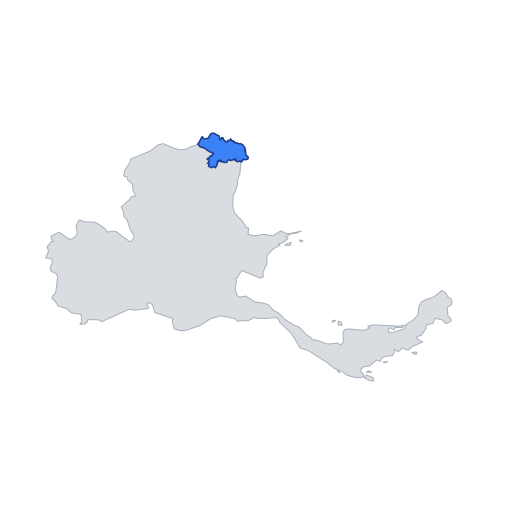 Thailand, with Ubon Ratchathani highlighted, rotated 284°
{"feature_id": "THA-426", "entity_name": "Ubon Ratchathani", "entity_type": "Province", "adm_level": 1, "iso_a3": "THA", "parent_name": "Thailand", "parent_adm1": "", "projection": "orthographic", "projection_center": [104.943, 15.155], "detail": "fine", "context": "in_parent", "style": "filled", "palette": "blue", "viewbox_px": 512, "rotation_deg": 284, "n_neighbors": 0, "source": "natural_earth", "source_scale": "10m", "svg_char_len": 7660}
<svg xmlns="http://www.w3.org/2000/svg" viewBox="0 0 512 512"><g transform="rotate(284 256 256)"><path d="M220.5,54.1L220.9,56.1L223.0,53.5L225.6,52.3L230.7,58.1L231.2,60.6L227.2,69.8L227.7,72.9L230.1,75.4L233.0,77.0L236.1,76.6L242.0,74.1L248.3,75.9L247.8,82.0L249.9,91.8L246.6,101.7L243.3,106.5L245.6,110.8L245.7,114.9L239.2,130.2L240.4,131.5L244.3,133.2L246.0,132.7L252.6,126.7L259.9,122.1L262.3,118.1L266.9,116.9L271.0,113.3L280.3,119.7L282.8,120.3L284.0,121.4L284.4,124.0L285.6,124.4L289.5,120.9L296.0,118.7L298.6,113.3L301.6,111.8L301.4,109.1L302.3,108.2L307.6,107.9L315.6,110.8L318.4,111.4L319.7,110.8L332.3,128.0L340.6,134.6L342.6,139.1L340.6,150.6L340.8,157.2L342.7,162.3L346.1,165.8L348.7,170.8L358.3,175.6L357.5,176.8L358.1,179.9L364.1,183.5L364.6,184.7L364.0,189.4L361.2,193.0L360.6,195.9L360.6,199.4L362.2,204.9L360.3,216.0L356.7,219.2L352.0,221.4L349.5,224.5L347.6,223.7L346.7,220.6L341.5,218.9L331.6,220.5L326.7,219.8L320.1,220.8L313.6,220.3L309.8,219.0L299.0,221.4L294.5,223.5L291.2,226.7L286.2,234.9L281.2,239.9L281.3,241.9L275.1,243.1L275.3,250.1L278.8,257.8L279.7,267.4L286.6,274.2L285.2,278.9L286.0,283.5L291.3,294.2L287.5,289.1L286.7,285.7L282.2,280.3L280.7,282.9L275.4,278.9L273.1,274.9L272.3,276.7L267.1,271.0L261.7,267.9L258.7,266.5L251.2,268.4L241.6,266.7L237.9,268.1L236.4,267.2L235.5,265.5L238.5,245.6L230.2,243.0L228.8,241.6L227.0,243.1L218.9,243.7L213.0,247.3L212.2,250.3L214.7,255.8L211.2,265.6L212.1,275.0L211.6,280.1L207.3,286.5L206.2,291.6L201.4,299.5L198.2,309.4L197.3,315.3L191.7,324.0L190.3,329.0L188.3,330.8L189.0,334.8L187.9,347.0L191.2,355.9L190.2,360.0L194.0,361.6L203.0,359.0L206.1,359.8L207.9,364.7L210.0,379.2L213.8,383.7L214.8,381.5L216.5,383.9L217.9,388.2L222.4,411.1L224.8,417.1L221.9,415.5L220.4,408.3L217.8,408.0L218.7,403.5L217.1,401.8L214.4,403.0L214.4,406.6L221.5,418.1L226.0,418.5L231.6,423.6L237.8,427.4L245.6,426.2L251.0,427.5L254.2,430.6L259.2,438.3L267.5,444.8L266.2,448.8L262.9,452.0L261.1,456.2L258.9,457.4L255.8,457.4L252.4,453.8L244.1,456.9L242.3,460.2L240.2,461.0L236.5,457.3L236.8,455.2L239.2,452.2L238.6,444.4L233.7,444.2L230.4,438.3L229.3,437.7L227.0,438.5L219.2,435.6L216.9,431.9L214.6,432.1L212.9,438.4L206.1,429.8L201.4,426.2L202.1,419.9L198.9,418.5L197.6,416.7L198.8,412.9L194.4,413.4L192.3,412.3L189.8,405.5L187.6,402.7L184.7,402.6L183.8,401.3L184.1,397.9L177.0,393.0L174.7,387.5L171.4,385.0L169.2,385.6L167.0,389.4L165.3,389.1L163.8,388.0L162.1,382.5L162.3,373.0L164.7,367.5L166.1,358.7L169.6,351.3L176.9,329.6L177.4,321.1L189.4,309.1L197.4,295.2L200.0,293.2L201.2,290.6L197.3,279.2L195.6,271.3L196.0,269.2L191.1,263.8L190.0,257.6L188.7,255.6L188.3,253.6L190.2,250.0L189.5,236.6L184.3,227.2L174.8,218.3L166.5,205.4L165.4,200.9L165.3,194.5L172.4,190.5L175.2,190.3L176.7,171.4L182.8,167.9L184.1,166.4L184.8,163.2L183.5,161.4L179.5,164.4L178.8,163.6L174.3,152.3L173.5,145.6L155.0,122.2L156.0,118.3L153.6,108.4L150.8,108.2L148.9,106.3L147.1,101.9L150.8,102.6L156.9,100.3L156.2,90.7L159.0,85.3L159.7,76.2L164.5,70.9L165.2,68.3L167.7,68.0L171.0,70.1L174.4,70.3L188.7,68.4L190.6,66.0L191.6,61.0L193.1,59.4L196.3,59.1L199.9,60.2L203.8,58.3L203.3,52.4L210.1,53.6L214.6,51.0L220.5,54.1ZM167.3,392.0L166.2,399.0L163.4,400.4L162.5,396.2L164.3,389.7L165.0,391.2L167.3,392.0ZM212.6,351.7L212.1,355.1L209.6,356.2L209.0,352.3L212.6,351.7ZM274.7,282.0L277.7,286.9L274.2,286.4L273.6,281.7L274.7,282.0ZM200.4,435.9L198.9,433.8L200.2,430.6L201.5,434.6L200.4,435.9ZM171.9,392.9L171.2,396.7L169.9,391.4L171.9,392.9ZM212.8,348.6L211.4,348.2L210.3,345.9L212.0,346.0L212.8,348.6ZM183.8,404.8L185.4,409.4L183.6,407.2L183.8,404.8ZM282.4,294.9L281.9,297.8L280.4,296.6L281.4,294.5L282.4,294.9ZM164.4,364.4L162.7,365.5L164.2,362.8L164.4,364.4Z" fill="#d9dde1" stroke="#a8b0b8" stroke-width="1"/><path d="M348.8,224.8L348.2,224.6L347.7,224.0L346.8,222.4L346.8,222.2L346.9,220.9L346.9,220.5L346.8,220.2L346.3,220.1L345.2,219.9L345.3,219.6L344.7,218.7L344.4,218.5L344.2,218.5L343.9,218.5L343.6,218.5L343.6,218.4L343.6,218.2L343.9,217.9L344.0,217.6L344.0,217.4L344.0,217.2L343.9,216.8L343.9,216.5L343.8,216.4L343.7,216.3L343.7,216.2L343.1,215.6L343.0,215.4L343.0,215.2L343.5,213.2L343.6,212.9L343.7,212.7L343.8,212.7L344.1,212.5L344.2,212.4L344.3,212.4L344.5,212.4L344.6,212.5L344.9,212.7L345.0,212.8L345.2,212.7L344.7,211.5L344.7,211.4L344.6,211.2L344.4,211.1L344.2,211.1L343.9,210.9L342.6,208.3L342.5,208.1L342.5,207.9L342.6,207.7L342.8,207.4L342.9,207.1L342.9,206.9L342.5,206.0L342.4,205.9L341.8,205.5L341.2,205.2L340.8,205.1L340.3,205.1L340.2,205.1L339.9,204.8L339.4,204.2L339.3,203.8L339.2,203.0L339.2,202.9L339.1,202.2L339.3,201.7L339.3,201.3L339.1,200.2L339.1,199.4L339.2,199.2L339.3,199.0L339.7,199.3L340.0,199.1L340.2,198.9L340.4,198.6L340.4,198.2L340.1,198.2L339.8,198.1L339.5,197.9L339.9,197.8L339.8,197.5L339.7,197.4L339.5,197.2L339.3,196.8L339.0,196.2L338.8,195.9L338.6,195.9L338.4,196.0L338.5,196.3L338.4,196.4L338.1,196.0L337.3,196.0L337.1,196.0L336.9,195.9L336.7,195.9L336.6,196.0L336.3,196.3L336.2,196.3L335.7,196.1L335.4,196.0L335.2,196.1L334.8,196.1L334.7,196.1L334.2,195.8L333.9,195.8L333.4,195.8L333.2,195.8L333.1,195.7L332.7,195.4L332.4,195.2L332.1,195.1L331.9,195.1L332.1,194.2L332.2,193.9L332.4,193.5L332.4,193.3L332.3,192.7L332.4,192.2L332.2,192.5L331.9,192.5L331.7,192.3L331.2,192.0L331.1,191.8L330.9,191.3L330.9,190.9L331.0,190.7L331.3,190.1L331.4,189.6L331.4,188.8L331.4,188.5L331.5,188.3L332.0,188.4L332.4,188.2L332.5,188.2L333.4,188.2L333.5,188.2L333.8,188.2L334.0,188.0L334.1,187.8L334.4,187.7L334.6,187.6L334.6,187.4L334.5,187.0L334.4,186.8L336.7,187.5L337.4,187.5L337.8,187.3L338.0,187.0L338.1,186.8L338.4,186.5L338.4,186.2L338.2,185.8L337.9,185.7L338.0,185.4L338.4,185.2L338.7,185.3L339.0,185.5L339.8,186.5L340.1,187.0L340.4,187.2L340.7,187.2L341.3,187.2L341.6,187.2L341.8,187.4L342.0,187.6L342.2,188.1L342.3,188.6L342.5,188.9L342.7,189.1L343.1,189.1L343.7,188.9L343.9,188.9L344.1,189.0L344.2,189.5L344.4,189.7L344.7,189.9L345.0,189.8L345.4,189.5L345.8,188.8L345.9,188.0L345.9,187.5L345.8,187.0L345.7,186.7L345.9,185.9L347.1,182.5L347.7,181.5L348.0,180.6L348.1,180.1L347.9,179.3L348.0,179.0L348.2,178.7L348.4,178.5L348.7,178.2L348.9,178.1L349.0,177.9L349.0,177.4L348.9,177.2L348.6,177.0L348.5,176.9L348.4,176.8L348.3,176.6L348.3,176.4L348.3,176.0L348.4,175.2L349.9,173.7L350.2,172.7L350.3,172.6L353.8,173.8L354.1,173.8L355.2,173.9L358.3,174.7L358.5,174.8L358.8,175.1L358.6,175.4L358.4,175.5L357.8,175.7L357.2,176.5L357.1,177.4L357.4,178.5L358.5,180.8L358.8,181.2L359.1,181.5L359.5,181.7L359.8,181.8L360.9,181.7L361.5,181.8L362.7,182.2L363.9,182.9L364.6,184.0L364.9,185.3L364.6,186.8L364.0,188.5L363.9,189.1L363.8,190.3L363.7,190.8L363.3,191.1L363.2,191.2L362.3,191.8L361.0,192.2L360.5,192.6L360.3,193.2L360.4,193.7L360.8,194.0L361.4,194.1L361.9,194.0L362.4,193.9L362.5,194.1L362.6,194.7L362.6,195.4L362.5,195.5L361.7,196.0L361.0,196.6L359.9,197.7L359.7,198.1L359.5,198.7L359.4,199.3L359.4,199.9L359.6,200.4L360.2,200.5L360.8,201.1L361.0,201.2L361.3,201.1L361.5,201.1L361.5,201.3L361.5,201.6L362.3,202.8L362.7,203.1L363.4,203.2L363.1,203.6L362.1,204.3L361.8,204.8L362.3,205.7L362.1,206.3L361.9,206.4L361.5,206.4L361.4,206.4L361.3,206.5L361.4,207.0L361.6,207.4L361.6,207.5L361.4,207.6L361.1,207.7L361.0,207.8L360.7,208.3L360.6,208.9L360.7,209.5L361.0,210.0L361.1,210.3L360.8,211.6L360.8,212.4L361.2,214.3L361.1,215.1L360.8,215.8L360.0,217.0L359.3,217.6L359.2,217.8L359.0,218.0L358.8,218.7L358.7,218.9L358.4,219.0L357.7,219.2L357.4,219.3L357.2,219.4L356.7,219.9L356.5,220.1L356.2,220.0L355.7,219.7L355.4,219.7L355.2,219.9L354.9,220.4L354.7,220.7L354.2,220.9L352.8,221.2L352.4,221.2L351.7,221.6L351.0,223.0L350.2,224.4L348.8,224.8Z" fill="#3b82f6" stroke="#1e3a8a" stroke-width="1.5"/></g></svg>